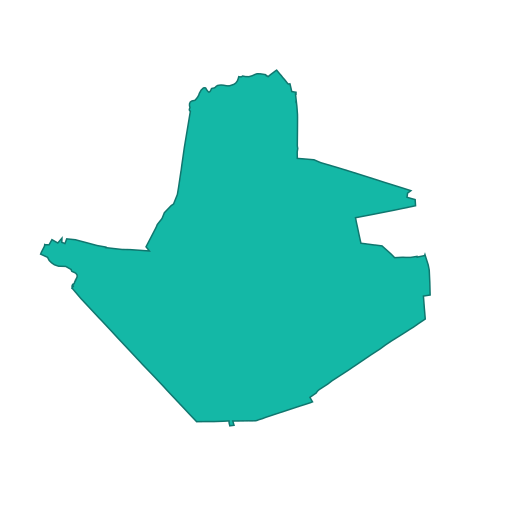 Madona, Madona, Latvia (Albers equal-area conic projection), rotated 228°
{"feature_id": "27541924B48569978533002", "entity_name": "Madona", "entity_type": "district", "adm_level": 2, "iso_a3": "LVA", "parent_name": "Latvia", "parent_adm1": "Madona", "projection": "albers", "projection_center": [26.232, 56.853], "detail": "fine", "context": "isolated", "style": "filled", "palette": "teal", "viewbox_px": 512, "rotation_deg": 228, "n_neighbors": 0, "source": "geoboundaries", "source_scale": "gbopen_adm2", "svg_char_len": 4513}
<svg xmlns="http://www.w3.org/2000/svg" viewBox="0 0 512 512"><g transform="rotate(228 256 256)"><path d="M160.8,114.3L155.6,120.5L151.5,125.6L149.9,124.3L147.3,122.9L146.9,123.5L144.9,126.4L148.9,128.3L146.0,131.6L138.4,140.3L136.1,142.8L133.9,145.4L133.7,145.6L133.0,147.0L132.5,148.5L130.9,151.8L129.6,155.3L127.7,159.6L126.0,163.5L115.3,187.8L113.0,192.8L110.6,198.2L109.8,200.4L112.3,200.9L114.9,201.5L114.4,205.0L114.4,205.4L114.1,207.6L113.9,209.0L114.0,209.3L114.3,210.6L114.4,211.1L114.5,212.9L114.4,213.3L114.4,213.7L113.6,218.7L112.8,223.7L112.4,229.2L112.3,229.7L111.1,237.2L109.9,244.7L109.9,244.9L109.8,245.1L109.8,245.3L109.8,245.6L109.7,246.0L109.6,246.4L108.6,253.8L108.2,256.4L105.7,274.7L104.9,279.7L103.9,285.9L103.3,292.3L102.3,299.4L100.4,310.2L100.0,312.4L98.6,321.0L97.8,325.3L97.1,331.2L95.9,339.6L101.4,343.8L104.6,346.2L114.2,353.6L110.5,359.3L120.1,367.5L129.6,375.3L134.1,378.0L141.4,381.3L144.0,382.5L143.5,381.6L144.8,379.3L146.7,376.1L147.0,375.6L147.3,375.0L147.7,375.2L148.0,375.4L149.7,372.7L151.4,370.1L154.8,366.3L156.8,364.3L162.0,357.9L163.1,357.9L167.1,357.7L179.2,356.4L184.2,352.1L184.7,351.6L185.6,350.8L188.1,348.7L190.5,346.6L191.0,346.2L191.5,345.8L195.3,342.5L196.8,343.4L198.3,344.2L204.4,347.7L210.4,351.2L212.2,352.2L214.8,353.7L216.1,354.5L217.9,355.6L216.5,357.8L214.4,361.3L209.2,369.9L197.9,388.8L186.6,408.2L191.4,412.0L198.6,407.5L201.3,410.7L201.0,413.8L200.9,414.8L202.2,414.1L202.3,414.0L207.8,410.8L218.8,404.3L224.5,400.9L231.6,396.8L233.8,395.5L242.5,390.4L248.8,386.7L257.9,381.3L267.9,375.3L282.0,366.6L284.1,365.6L288.7,363.5L296.6,356.1L300.9,352.0L305.8,356.3L308.0,359.0L310.1,360.3L321.0,370.3L326.8,375.6L331.1,379.5L333.5,381.6L339.7,386.4L343.2,388.9L343.4,388.6L344.3,389.3L344.2,389.6L347.8,392.2L349.9,393.7L349.5,394.0L350.9,395.3L354.3,392.6L360.4,396.0L361.3,396.4L361.5,396.0L361.8,395.5L362.3,395.1L362.8,395.0L363.9,395.0L366.3,395.2L368.1,395.3L371.0,395.3L373.1,395.5L375.5,395.5L380.3,395.7L380.4,395.1L380.6,393.6L380.7,392.1L381.0,389.0L381.2,385.9L381.2,385.0L381.6,385.0L382.9,384.6L382.9,384.3L383.2,384.2L383.5,384.3L384.3,384.5L387.3,382.1L388.4,381.2L388.8,380.8L390.7,378.8L391.5,377.0L392.0,375.4L392.5,373.8L394.0,370.7L396.5,368.1L398.7,366.5L398.9,365.1L400.2,363.6L400.8,363.2L400.1,362.1L399.5,361.1L398.6,359.3L398.1,356.8L398.3,354.7L399.2,352.5L400.2,350.2L401.3,348.9L402.5,347.8L404.7,346.1L406.4,344.5L407.3,343.3L408.4,341.6L408.7,340.1L408.6,338.5L408.9,337.3L409.8,335.8L410.2,335.0L409.8,334.2L409.0,332.0L409.2,330.6L410.4,330.4L412.1,330.5L414.6,331.0L415.5,330.3L416.1,329.3L416.0,326.2L415.3,324.2L414.8,322.7L414.0,321.4L413.3,319.5L412.8,317.2L412.8,316.8L412.5,315.1L412.9,314.1L413.7,312.9L414.2,311.8L414.4,310.3L413.7,308.6L412.6,307.5L411.1,306.5L410.8,306.5L410.3,306.0L410.0,305.3L409.8,304.9L409.3,304.3L408.4,303.9L407.5,304.1L384.8,275.6L372.6,261.0L369.5,257.4L369.4,257.2L364.2,250.9L359.0,244.6L354.3,238.7L349.8,229.5L349.9,229.1L349.9,228.7L350.1,227.6L350.2,226.4L349.5,216.9L346.8,211.4L346.5,210.0L346.2,208.0L346.1,207.5L345.6,204.6L345.4,203.6L344.4,201.6L344.0,200.6L343.6,199.6L340.6,191.6L337.6,183.6L337.0,182.0L336.4,180.4L333.8,180.3L331.1,180.1L345.0,166.7L350.5,160.8L362.8,149.9L363.1,150.4L370.0,145.0L379.1,139.1L388.1,133.2L388.5,133.0L388.8,132.8L392.1,129.8L395.4,126.8L394.2,124.5L393.1,122.3L394.6,121.6L396.1,120.8L399.1,123.7L398.3,117.4L404.7,115.3L402.8,109.7L405.3,107.0L405.9,106.7L404.8,105.3L402.5,99.2L401.5,97.2L399.9,97.9L398.3,98.6L397.3,99.0L396.4,99.4L394.5,100.2L391.0,99.3L387.8,99.5L384.4,100.3L380.6,102.4L375.6,107.6L373.9,108.2L369.9,109.5L369.6,109.6L369.4,109.4L369.0,109.2L368.4,109.0L367.9,108.9L367.3,109.1L365.1,110.1L363.9,110.5L362.9,110.5L362.0,110.4L361.3,110.1L360.5,109.4L360.1,108.9L359.8,108.4L359.6,107.7L359.4,107.1L358.9,106.3L358.7,105.9L358.9,105.7L358.6,105.1L358.1,104.6L358.1,103.9L357.7,103.3L357.2,102.6L357.3,101.7L357.1,101.3L357.6,100.8L356.9,99.4L356.1,99.3L356.0,99.9L355.8,100.1L355.6,99.9L355.6,99.0L356.2,98.7L355.6,98.2L355.1,97.6L354.8,97.8L341.1,97.4L339.0,97.5L337.0,97.5L331.4,97.6L325.9,97.7L320.4,97.8L314.8,97.9L312.8,98.0L298.1,98.3L288.0,98.4L283.6,98.5L269.3,98.8L258.3,99.0L254.9,99.1L251.8,99.1L248.5,99.2L233.9,99.7L220.6,100.0L218.9,100.0L216.4,100.0L211.6,100.1L203.3,100.3L201.4,100.3L198.5,100.4L195.7,100.4L195.6,100.5L195.3,100.5L195.2,100.5L194.7,100.5L194.1,100.5L193.9,100.5L183.7,100.7L172.6,101.0L167.0,107.4L160.8,114.3Z" fill="#14b8a6" stroke="#0f766e" stroke-width="1.5"/></g></svg>